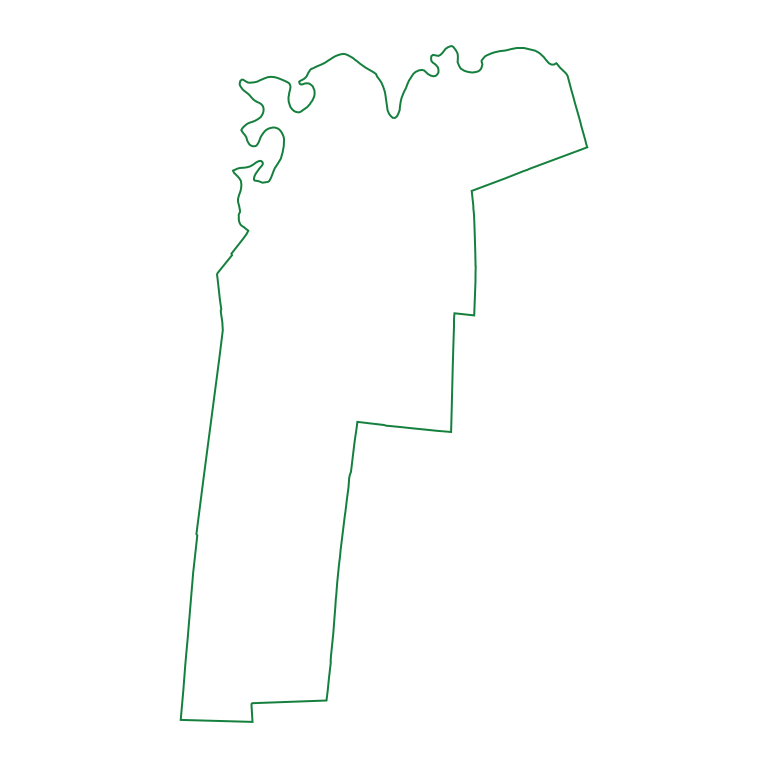 outline of Marculesti, Ialomita, Romania
{"feature_id": "2599482B62115635478960", "entity_name": "Marculesti", "entity_type": "district", "adm_level": 2, "iso_a3": "ROU", "parent_name": "Romania", "parent_adm1": "Ialomita", "projection": "equal_earth", "projection_center": [27.519, 44.55], "detail": "fine", "context": "isolated", "style": "outline", "palette": "green", "viewbox_px": 768, "rotation_deg": 0, "n_neighbors": 0, "source": "geoboundaries", "source_scale": "gbopen_adm2", "svg_char_len": 5922}
<svg xmlns="http://www.w3.org/2000/svg" viewBox="0 0 768 768"><path d="M474.2,315.4L475.5,280.9L475.5,274.6L475.7,266.0L475.5,265.8L475.5,263.1L475.3,252.7L474.7,233.0L474.4,224.0L474.0,214.5L473.3,207.7L473.4,206.5L471.7,190.9L504.9,178.5L524.4,170.8L527.3,169.9L529.3,168.9L587.3,147.3L586.4,144.6L585.0,139.1L581.2,125.7L580.6,123.0L578.6,115.8L574.6,101.8L573.6,97.9L571.4,90.2L567.6,75.9L566.5,74.1L565.1,72.5L559.9,67.5L556.4,63.2L553.9,64.6L551.6,64.6L549.1,63.4L546.3,60.3L543.7,57.0L539.6,53.2L535.3,50.7L524.0,48.0L516.7,48.0L510.2,49.3L507.8,50.0L504.7,50.6L500.0,51.1L494.3,52.4L491.6,53.3L489.4,54.2L486.9,55.3L485.3,56.2L484.0,57.5L481.8,60.2L481.5,61.2L481.8,62.2L482.4,64.8L481.7,67.1L480.9,69.0L479.6,70.4L478.4,71.2L477.4,71.6L475.5,72.1L472.5,72.5L470.5,72.3L467.9,71.9L464.4,70.8L460.9,68.7L460.0,67.4L459.0,65.6L457.6,62.1L457.8,59.4L457.9,56.8L457.7,54.2L457.0,52.3L455.9,50.3L453.3,46.9L451.9,46.1L450.3,46.3L448.0,47.2L445.5,48.9L443.6,51.4L442.4,53.0L440.5,54.8L438.5,55.9L435.7,55.4L432.9,54.9L431.3,56.2L431.1,58.5L431.4,61.0L432.8,62.6L435.2,64.3L436.8,66.0L438.1,67.8L438.5,70.2L438.4,72.6L437.3,74.4L435.7,75.8L433.6,76.3L431.0,75.7L428.0,74.1L424.2,70.5L421.9,69.9L418.9,70.4L415.6,71.9L413.3,73.9L412.0,75.9L408.8,80.9L407.1,84.9L406.0,88.0L404.0,91.8L401.6,97.8L400.8,101.1L399.9,106.7L399.7,110.0L398.5,113.2L397.4,115.6L396.4,116.9L394.9,117.9L392.7,117.8L390.7,116.0L389.1,113.8L388.1,111.6L387.6,110.4L385.4,94.9L384.8,91.6L383.3,87.1L382.5,85.1L381.2,82.2L379.1,79.2L377.3,76.9L376.0,74.0L373.3,72.1L365.5,67.6L360.2,63.8L356.9,61.1L355.3,60.0L353.6,58.5L351.9,57.4L348.7,55.6L347.0,54.8L345.4,54.2L343.9,53.9L341.9,54.1L340.4,54.4L338.8,54.9L337.3,55.4L335.8,56.0L334.6,56.6L333.4,57.3L331.9,58.2L330.6,59.1L328.0,60.7L326.0,62.1L323.8,63.4L320.7,64.8L315.9,66.8L313.4,68.2L311.9,68.7L311.0,69.1L310.4,69.7L309.3,71.3L308.2,73.0L307.4,74.8L306.8,76.0L305.6,77.5L303.7,79.1L300.4,80.8L299.6,81.3L299.2,81.7L299.5,83.2L300.1,84.1L301.2,84.5L302.7,84.3L304.9,83.5L306.1,83.3L307.2,83.3L308.9,83.5L310.5,84.4L311.5,85.2L312.8,86.4L313.3,87.7L314.3,90.1L314.5,91.1L314.6,92.3L314.6,93.8L314.4,95.2L314.0,96.9L313.4,98.3L312.1,101.0L311.0,102.3L310.0,104.0L308.3,105.9L307.3,107.1L305.9,108.0L304.6,109.0L303.3,109.8L302.4,110.5L301.5,111.2L300.5,111.8L299.8,112.1L298.9,112.4L297.4,112.2L295.6,111.8L293.9,110.9L292.5,109.6L291.5,108.5L290.3,106.8L289.5,104.3L288.7,101.7L288.5,99.0L288.5,97.3L288.9,95.4L289.2,93.0L289.9,90.3L290.3,88.4L290.5,86.8L290.2,85.4L289.4,83.6L288.5,82.8L287.4,82.2L284.6,80.8L282.0,79.7L279.8,78.8L278.1,78.2L276.3,77.6L274.7,77.2L273.2,77.0L271.7,76.9L270.2,76.9L267.7,77.2L266.4,77.7L264.7,78.3L262.7,79.1L258.9,80.8L257.7,81.5L255.7,82.0L253.8,82.4L250.0,82.7L248.1,82.6L246.3,81.7L243.1,79.7L241.7,79.7L240.3,81.0L239.8,82.8L239.7,84.6L240.5,86.4L241.9,88.4L242.7,89.5L244.1,90.7L248.6,94.2L250.4,96.2L252.2,98.3L254.1,100.1L256.9,101.9L258.9,102.7L261.2,104.1L262.3,105.4L263.1,106.5L263.4,107.9L263.6,109.3L263.5,110.9L263.2,112.5L262.6,114.0L261.7,115.6L260.7,117.1L259.4,118.1L258.4,118.8L256.5,120.0L255.0,120.8L253.3,121.5L251.3,122.2L249.9,122.6L247.4,123.7L245.1,125.5L244.0,126.5L243.4,127.1L242.2,128.5L241.3,130.2L242.6,132.2L243.7,133.7L245.1,135.3L246.4,137.4L246.9,139.5L247.4,141.0L248.4,142.8L249.5,144.5L250.7,145.4L252.2,146.1L254.0,146.3L255.7,146.0L256.6,145.4L257.6,144.1L258.9,141.8L260.5,137.5L261.3,136.0L262.4,134.3L263.6,132.7L264.7,131.3L266.2,130.0L267.5,129.2L268.9,128.5L270.1,128.1L271.6,127.8L273.1,127.5L274.5,127.5L276.1,127.9L277.7,128.5L279.0,129.3L280.1,130.4L280.8,131.2L281.7,132.6L282.9,134.8L283.6,136.9L283.9,138.1L284.1,139.6L283.9,142.4L283.9,144.4L283.6,147.1L283.2,149.1L282.5,152.9L281.4,156.5L281.0,158.4L279.6,160.7L277.9,163.5L276.2,166.1L275.1,167.7L274.1,169.7L271.0,177.9L270.0,179.6L269.3,181.0L267.9,181.9L262.7,182.7L260.9,182.1L259.5,181.5L257.7,181.0L255.8,180.7L254.6,180.5L253.9,179.5L254.0,178.0L254.5,176.3L255.4,174.3L256.2,173.0L257.2,171.6L258.1,170.3L259.0,169.0L260.1,167.7L262.1,165.4L262.6,164.6L262.8,163.8L262.7,163.0L262.5,162.1L262.0,161.8L261.3,161.1L260.4,160.9L259.4,161.0L258.2,161.4L257.1,161.9L255.5,162.9L254.5,163.7L253.1,164.7L252.2,165.2L250.1,166.4L246.9,167.3L245.0,167.6L242.6,167.8L240.6,167.9L238.9,168.2L236.8,168.9L235.6,169.5L233.0,170.6L233.4,171.6L234.1,172.9L236.9,175.6L239.1,178.0L240.3,179.9L240.9,180.9L241.1,182.0L241.2,183.3L241.4,184.6L241.3,185.8L241.2,187.4L240.7,190.3L240.1,192.2L239.5,193.8L238.8,195.9L238.0,199.1L238.0,201.1L238.4,203.4L239.0,205.4L239.4,207.4L239.6,208.6L239.9,209.7L240.0,211.5L239.8,212.5L239.1,213.7L238.8,214.6L238.7,215.4L238.8,216.6L238.8,218.3L238.8,219.3L239.0,220.8L239.6,222.9L240.8,225.0L243.2,226.8L244.2,227.3L244.8,228.0L248.3,230.7L246.6,234.0L243.1,238.8L234.7,249.5L231.4,253.7L232.0,255.2L217.7,272.9L217.3,273.7L217.1,274.2L217.1,275.9L217.3,276.4L220.0,300.5L220.5,303.8L221.3,309.4L220.8,310.3L220.9,312.7L222.0,319.8L222.4,322.9L222.4,323.8L222.8,330.2L219.4,357.7L203.8,476.4L200.1,505.3L196.4,534.1L197.3,535.4L193.4,570.7L193.3,571.2L187.5,640.5L186.2,654.6L185.3,664.7L183.6,686.8L183.6,687.3L180.7,719.9L198.3,720.4L252.5,721.9L251.5,705.4L251.5,704.6L251.6,704.2L251.7,703.7L252.3,703.2L326.5,700.5L326.8,697.9L327.7,690.8L328.9,678.7L330.7,663.2L330.8,662.2L330.8,661.7L330.6,661.3L330.9,656.8L332.4,642.1L333.3,633.4L334.5,617.4L335.4,606.0L335.8,599.1L336.2,596.0L336.6,590.3L337.2,582.7L338.9,565.8L339.5,560.5L339.9,557.7L340.7,549.1L341.2,545.2L344.8,515.9L345.5,511.1L346.8,500.1L348.5,487.4L349.0,480.6L349.2,477.9L349.9,474.7L350.9,472.1L351.5,467.6L352.9,455.7L353.6,450.0L354.5,442.6L355.3,436.7L356.2,431.0L357.4,421.9L383.8,425.0L385.1,425.3L386.2,425.7L386.9,425.8L388.7,425.9L399.1,426.9L409.4,428.0L437.9,430.9L451.1,432.0L451.4,420.5L451.8,405.2L452.7,368.6L453.3,347.6L454.0,326.3L454.0,319.8L454.3,315.0L454.5,313.3L474.2,315.4Z" fill="none" stroke="#15803d" stroke-width="2"/></svg>